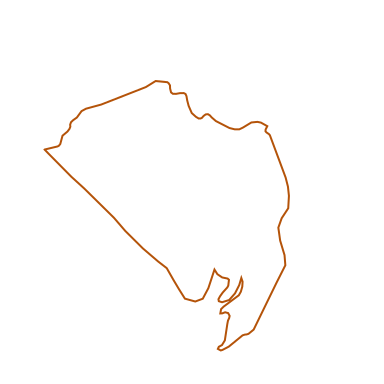 outline of Cà Mau, rotated 312°
{"feature_id": "VNM-507", "entity_name": "Cà Mau", "entity_type": "Province", "adm_level": 1, "iso_a3": "VNM", "parent_name": "Vietnam", "parent_adm1": "", "projection": "albers", "projection_center": [105.046, 9.05], "detail": "fine", "context": "isolated", "style": "outline", "palette": "amber", "viewbox_px": 384, "rotation_deg": 312, "n_neighbors": 0, "source": "natural_earth", "source_scale": "10m", "svg_char_len": 1617}
<svg xmlns="http://www.w3.org/2000/svg" viewBox="0 0 384 384"><g transform="rotate(312 192 192)"><path d="M291.3,203.9L287.7,204.9L286.3,206.0L286.1,207.4L286.5,210.5L286.3,211.9L265.4,251.9L260.2,259.7L254.0,266.6L244.3,274.4L232.5,276.2L223.3,280.0L214.9,290.0L207.0,303.0L200.0,310.4L181.2,315.5L131.0,329.9L124.4,328.9L122.7,327.9L121.4,326.7L119.3,325.5L101.7,322.8L95.0,320.3L93.5,319.4L92.7,316.2L94.9,315.5L98.3,316.7L103.7,315.7L117.5,306.6L120.5,304.8L123.1,304.0L125.1,302.9L126.2,299.9L124.8,297.1L121.9,295.6L120.7,294.3L124.4,292.0L128.0,292.2L146.6,295.9L150.6,295.0L155.3,292.7L159.2,289.6L161.1,286.2L154.4,289.4L145.4,291.8L136.6,291.9L130.2,288.1L128.8,285.0L130.0,283.4L133.3,282.6L137.9,282.1L144.7,282.1L146.7,281.6L151.5,278.2L151.5,276.4L148.7,271.6L147.9,265.9L149.4,260.6L131.5,268.5L119.9,271.4L112.8,267.7L108.0,258.1L111.1,247.2L114.2,237.2L118.5,224.2L117.7,213.3L117.2,193.3L118.4,168.5L120.6,151.3L122.5,109.4L122.6,92.1L124.5,59.7L124.9,54.1L125.0,54.1L135.9,61.6L137.2,62.1L139.5,62.0L147.2,58.1L153.6,59.0L156.9,58.7L159.1,57.9L160.5,56.4L162.9,55.4L165.8,55.6L170.3,56.6L178.2,55.8L183.0,57.5L196.2,66.0L239.1,87.5L250.1,90.7L257.1,100.2L257.2,101.8L256.5,104.3L254.3,106.4L252.0,109.8L252.2,112.1L254.3,114.5L257.4,116.9L260.0,119.7L260.5,121.6L259.5,123.8L256.9,127.1L253.8,131.8L250.5,139.0L250.5,144.6L251.1,147.8L252.4,149.2L253.9,149.8L255.6,149.7L257.3,149.9L258.9,150.3L260.5,151.8L260.9,154.0L260.6,156.7L260.7,162.3L264.6,177.0L267.2,181.9L270.2,185.2L273.8,186.7L283.4,189.6L287.9,193.7L289.7,196.8L291.3,203.9Z" fill="none" stroke="#b45309" stroke-width="2"/></g></svg>